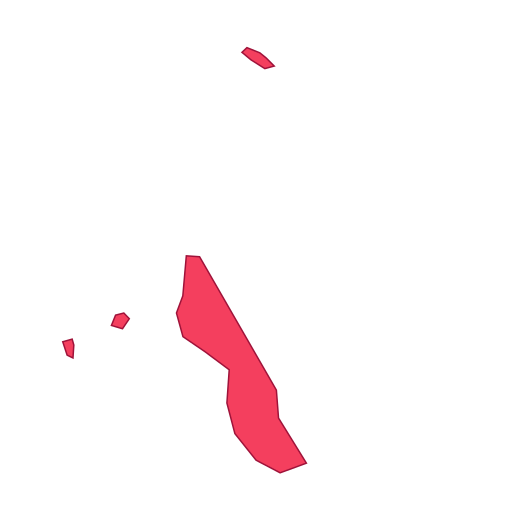 SVG path tracing the border of Grand'Anse Praslin, rotated 26°
{"feature_id": "SYC-5211", "entity_name": "Grand'Anse Praslin", "entity_type": "state/province", "adm_level": 1, "iso_a3": "SYC", "parent_name": "Seychelles", "parent_adm1": "", "projection": "robinson", "projection_center": [55.687, -4.284], "detail": "fine", "context": "isolated", "style": "filled", "palette": "rose", "viewbox_px": 512, "rotation_deg": 26, "n_neighbors": 0, "source": "natural_earth", "source_scale": "10m", "svg_char_len": 585}
<svg xmlns="http://www.w3.org/2000/svg" viewBox="0 0 512 512"><g transform="rotate(26 256 256)"><path d="M392.1,420.1L372.7,440.3L345.6,439.5L314.9,424.9L294.3,400.9L281.8,370.0L252.2,364.4L225.7,360.5L209.5,342.1L207.7,323.9L193.3,286.4L205.6,281.4L333.1,367.6L347.3,391.8L392.1,420.1ZM170.4,71.7L178.5,73.6L189.1,77.3L181.8,83.7L165.5,81.9L154.1,79.1L156.5,72.7L170.4,71.7ZM162.2,365.2L169.6,367.9L167.9,379.9L156.5,381.8L155.7,370.7L162.2,365.2ZM127.2,411.3L131.3,415.9L136.2,427.9L129.7,427.9L119.9,417.8L127.2,411.3Z" fill="#f43f5e" stroke="#9f1239" stroke-width="1.5"/></g></svg>